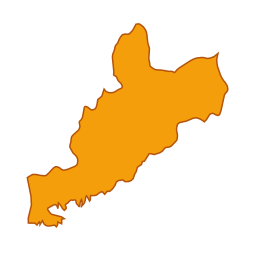 Halland, Natural Earth projection, rotated 275°
{"feature_id": "SWE-187", "entity_name": "Halland", "entity_type": "County", "adm_level": 1, "iso_a3": "SWE", "parent_name": "Sweden", "parent_adm1": "", "projection": "natural_earth1", "projection_center": [12.697, 56.977], "detail": "fine", "context": "isolated", "style": "filled", "palette": "amber", "viewbox_px": 256, "rotation_deg": 275, "n_neighbors": 0, "source": "natural_earth", "source_scale": "10m", "svg_char_len": 3579}
<svg xmlns="http://www.w3.org/2000/svg" viewBox="0 0 256 256"><g transform="rotate(275 128 128)"><path d="M140.8,203.5L141.9,201.8L143.4,198.6L144.1,195.5L143.6,192.5L140.0,185.6L137.9,179.0L136.2,177.1L132.7,176.4L129.9,176.6L125.3,177.9L123.4,178.0L121.6,177.9L119.8,177.5L113.7,172.6L112.6,170.7L111.9,167.3L110.2,165.7L108.1,164.4L106.2,162.0L103.8,156.3L104.4,153.0L104.2,151.3L96.7,147.5L96.2,147.0L96.1,146.4L96.1,145.8L95.9,145.4L95.1,145.1L93.2,144.7L92.6,144.4L90.4,141.5L89.2,140.6L85.4,140.0L82.4,138.6L78.1,137.6L76.0,135.8L74.7,133.2L74.3,129.9L74.5,129.2L75.6,127.9L75.8,127.4L75.7,126.5L75.2,125.1L75.1,124.3L74.9,123.4L74.2,122.3L73.3,121.2L69.6,120.0L66.0,117.9L63.3,115.3L63.0,112.5L62.2,112.2L59.9,110.5L62.2,108.2L61.7,106.1L58.3,102.2L57.9,101.0L57.5,98.0L57.5,96.6L56.8,96.6L53.2,96.7L51.9,96.1L55.5,93.7L56.8,92.5L55.6,91.9L52.9,91.8L50.6,91.4L48.5,90.5L46.3,88.8L49.6,88.8L51.2,88.5L52.7,87.9L51.1,87.2L49.3,86.8L45.6,86.8L45.6,85.8L46.8,84.9L47.6,83.9L48.5,83.1L51.1,82.4L51.7,81.5L51.7,80.5L51.2,79.6L51.3,77.8L50.5,76.4L49.2,75.3L47.9,74.5L47.7,74.1L47.3,73.4L46.8,72.7L46.0,72.4L45.0,72.6L43.2,73.4L42.4,73.4L40.4,71.7L42.0,69.8L45.0,67.7L47.3,65.2L41.6,65.2L44.2,64.0L45.3,62.7L45.1,60.9L41.5,55.6L40.9,55.0L39.7,55.1L38.9,55.8L38.1,56.6L37.3,57.0L35.4,59.3L33.7,69.5L32.1,72.4L31.3,69.7L28.7,70.2L26.8,70.2L28.2,66.2L26.9,66.3L25.6,66.3L24.4,65.9L23.3,65.2L24.7,63.9L24.6,61.9L23.8,59.5L23.4,57.0L23.8,54.6L24.9,52.9L26.5,51.8L28.2,50.9L26.2,49.7L24.2,48.8L25.0,48.7L26.6,47.7L24.2,46.2L23.4,45.8L25.1,43.5L24.6,37.0L29.6,36.5L42.8,38.5L51.6,37.3L69.8,32.0L73.3,36.8L73.6,38.8L73.6,41.6L73.2,44.0L73.1,48.4L73.2,49.1L73.2,49.5L73.8,50.8L76.6,53.3L80.2,56.0L82.0,57.6L83.0,59.0L83.2,60.1L83.0,61.5L82.5,63.0L80.8,65.8L80.4,66.8L80.6,68.8L81.5,71.3L85.2,78.5L86.6,80.1L87.9,80.7L91.0,80.8L92.7,80.5L94.5,79.6L95.8,78.5L97.0,77.2L97.8,76.0L98.7,75.1L103.8,71.8L105.1,71.6L109.5,72.3L113.1,72.4L114.7,72.8L116.4,74.0L121.7,79.0L124.3,79.9L125.9,79.9L129.0,79.0L130.1,79.0L130.9,79.5L131.8,80.4L133.1,81.1L135.2,81.8L144.6,82.7L145.4,83.0L145.7,83.4L145.7,84.2L145.5,85.2L145.2,86.1L143.0,89.5L142.8,91.0L143.8,93.1L145.6,94.4L148.9,95.1L153.3,95.4L154.3,95.9L155.3,97.2L156.6,98.4L157.6,99.2L164.7,100.8L162.8,102.5L162.2,103.6L161.6,105.7L161.6,107.9L162.0,109.9L162.9,111.8L165.3,114.9L167.2,118.2L167.8,118.5L168.8,118.7L170.1,118.2L171.3,117.5L172.1,116.7L174.0,114.4L175.0,113.6L177.2,112.5L178.0,112.0L178.4,111.4L178.8,110.6L179.1,109.7L179.6,109.2L180.6,109.0L182.7,109.0L197.1,106.3L199.2,106.3L200.9,106.6L204.2,107.6L208.0,108.1L209.0,108.5L210.0,109.0L211.5,110.2L215.9,111.6L218.3,112.8L220.3,114.2L221.3,116.5L221.3,118.4L221.4,119.8L222.0,121.2L225.8,124.2L232.1,126.9L232.7,129.7L232.1,131.4L230.2,134.3L228.0,136.3L226.1,137.5L223.8,138.4L214.1,140.4L209.6,142.3L207.9,142.5L200.1,142.6L198.2,142.8L194.3,144.0L192.3,144.3L191.6,144.7L191.0,145.4L189.5,147.8L188.7,149.6L188.4,151.8L188.6,156.1L188.0,163.5L188.2,165.8L188.2,167.1L187.9,168.0L187.3,169.2L187.6,169.8L190.3,171.8L192.4,173.9L200.3,184.1L202.6,187.7L203.8,190.7L204.7,195.4L204.7,197.5L204.5,198.9L204.3,199.6L204.2,200.8L204.4,202.0L204.7,203.6L206.6,207.5L210.1,211.1L204.3,210.4L200.6,210.9L197.1,211.8L188.8,215.5L186.0,217.2L183.5,219.1L181.4,221.2L178.4,223.3L175.7,224.0L173.9,223.9L172.4,223.1L171.1,222.1L169.5,221.2L153.2,219.1L149.5,218.1L148.8,217.5L148.4,216.6L148.5,215.4L148.9,213.9L149.6,212.6L149.9,211.6L149.9,210.6L149.5,209.5L149.0,208.7L148.4,208.1L143.1,205.4L140.8,203.5L140.8,203.5Z" fill="#f59e0b" stroke="#b45309" stroke-width="1.5"/></g></svg>